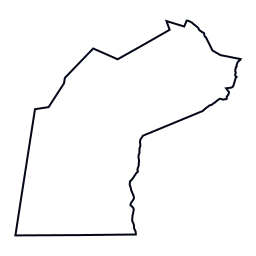 outline of Canto do Buriti, Piauí, Brazil
{"feature_id": "56859067B86089589706216", "entity_name": "Canto do Buriti", "entity_type": "district", "adm_level": 2, "iso_a3": "BRA", "parent_name": "Brazil", "parent_adm1": "Piauí", "projection": "mercator", "projection_center": [-43.146, -8.333], "detail": "fine", "context": "isolated", "style": "outline", "palette": "ink", "viewbox_px": 256, "rotation_deg": 0, "n_neighbors": 0, "source": "geoboundaries", "source_scale": "gbopen_adm2", "svg_char_len": 2090}
<svg xmlns="http://www.w3.org/2000/svg" viewBox="0 0 256 256"><path d="M20.9,199.7L16.0,231.5L15.4,235.4L78.7,235.1L135.8,234.5L135.8,233.0L135.7,232.1L135.4,231.0L134.4,229.1L134.1,228.3L134.0,226.1L133.9,225.2L133.7,224.3L132.8,222.1L132.3,221.2L132.2,220.0L132.5,215.6L133.1,213.1L133.8,209.4L133.2,207.8L132.7,207.3L131.9,206.4L130.5,205.3L130.5,204.3L131.1,202.7L131.8,201.9L132.4,201.1L133.0,200.0L133.7,199.0L133.9,198.2L133.8,197.2L133.6,195.9L133.2,194.8L132.7,193.9L131.8,191.5L131.3,190.6L131.0,189.6L130.8,188.0L129.8,185.1L129.7,184.1L129.9,182.7L129.9,181.8L130.2,181.0L131.2,180.3L132.0,179.4L132.8,178.3L133.7,177.1L134.6,175.6L136.7,172.6L137.8,171.8L137.8,170.9L137.4,169.9L137.8,168.0L138.8,165.4L138.7,163.8L138.9,162.7L139.0,161.3L139.0,160.1L138.6,158.3L138.5,157.0L138.5,155.8L138.9,154.0L139.5,152.9L139.4,151.0L139.5,150.1L139.5,148.4L139.9,147.5L140.2,146.5L140.4,145.4L140.3,144.4L139.9,141.9L140.2,140.8L140.3,139.8L140.8,139.0L141.4,138.0L142.4,136.6L142.9,135.7L202.9,110.9L203.7,110.1L204.6,109.2L205.4,108.7L206.1,107.9L206.8,107.4L208.1,106.6L209.7,105.3L211.4,105.0L212.3,104.3L213.4,103.4L215.4,102.2L216.5,101.0L217.6,100.3L219.5,98.9L220.8,98.8L221.8,99.2L223.1,99.7L224.5,99.2L225.6,99.3L226.8,98.8L226.7,96.5L227.4,96.0L228.0,95.1L228.6,93.9L228.8,92.9L229.0,92.1L226.1,88.3L228.5,88.0L231.4,87.6L232.4,87.1L233.0,86.4L233.4,85.6L233.8,84.4L235.8,77.6L236.6,77.0L236.0,76.5L235.2,75.6L235.2,74.2L235.6,73.2L235.8,72.2L235.2,71.2L235.2,69.9L235.8,68.6L235.8,67.3L236.7,66.5L236.5,65.1L237.1,63.7L237.6,62.3L238.5,61.3L239.3,60.7L240.2,59.9L240.6,59.1L220.4,55.1L212.5,50.5L209.8,45.1L206.0,37.5L205.1,36.8L204.4,35.5L204.2,34.6L204.1,33.3L203.2,32.5L202.3,32.3L200.7,31.0L199.8,30.5L199.1,29.9L198.7,28.8L198.2,28.0L196.8,26.6L195.4,25.5L193.4,24.0L192.3,22.9L189.6,21.4L188.2,20.8L186.7,20.6L184.2,26.5L166.5,21.1L169.6,29.8L164.6,32.7L134.0,50.1L131.8,51.3L117.6,59.3L103.2,52.9L93.2,48.5L71.9,70.6L69.7,72.9L64.9,77.9L64.0,83.3L48.6,107.1L35.0,109.2L27.1,159.8L23.1,185.6L22.4,190.0L20.9,199.7Z" fill="none" stroke="#020617" stroke-width="2"/></svg>